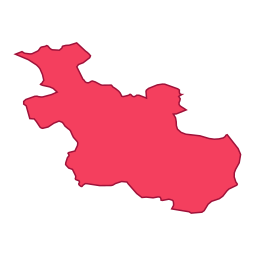 SVG path tracing the border of Overijssel
{"feature_id": "NLD-899", "entity_name": "Overijssel", "entity_type": "Province", "adm_level": 1, "iso_a3": "NLD", "parent_name": "Netherlands", "parent_adm1": "", "projection": "natural_earth1", "projection_center": [6.317, 52.481], "detail": "fine", "context": "isolated", "style": "filled", "palette": "rose", "viewbox_px": 256, "rotation_deg": 0, "n_neighbors": 0, "source": "natural_earth", "source_scale": "10m", "svg_char_len": 2824}
<svg xmlns="http://www.w3.org/2000/svg" viewBox="0 0 256 256"><path d="M181.7,94.6L178.7,96.4L180.2,98.8L179.8,100.8L179.0,102.7L179.1,104.6L180.3,106.1L186.2,109.9L176.3,113.9L173.3,114.1L175.5,117.7L176.2,121.7L176.4,125.8L177.5,129.2L181.1,132.4L185.8,134.2L199.9,135.8L209.1,138.5L214.2,139.2L218.9,138.9L223.3,137.9L225.0,136.7L226.1,135.1L227.2,134.7L238.1,148.6L240.6,154.5L239.2,162.8L235.6,169.3L234.3,172.8L234.2,177.0L235.8,181.9L236.9,183.4L237.3,184.1L236.8,185.2L228.9,189.0L227.0,190.8L222.8,196.2L219.3,198.7L211.6,201.3L208.1,204.2L204.2,210.6L201.9,212.2L191.4,213.1L191.2,213.1L189.2,211.8L171.7,208.9L173.5,205.5L173.6,204.3L173.4,202.0L173.1,201.0L172.6,200.4L172.0,200.1L170.2,199.5L168.8,199.2L162.5,200.4L161.7,200.3L161.0,200.1L161.0,199.3L160.8,198.4L160.2,197.3L159.2,197.0L158.1,196.9L153.1,197.8L146.2,197.1L141.9,197.5L136.7,193.5L128.2,183.8L128.0,183.5L126.9,182.0L121.6,181.5L115.5,183.5L112.8,185.1L111.1,185.5L99.7,185.6L87.2,183.7L85.5,183.6L85.0,183.8L83.3,184.9L82.0,186.4L81.6,186.5L81.0,186.4L79.5,185.3L79.0,184.7L78.8,184.2L78.8,183.9L78.8,183.7L79.5,182.2L79.2,181.1L78.3,180.5L76.3,179.8L75.6,179.4L75.3,178.6L75.6,177.9L75.7,176.0L72.5,169.4L68.8,168.1L67.9,167.2L66.1,165.2L65.6,164.4L65.8,162.7L67.4,157.7L69.0,155.7L68.9,154.8L68.0,153.2L68.4,152.9L68.9,152.5L74.9,151.0L77.5,145.5L77.8,142.9L77.5,142.2L77.2,141.6L73.5,137.4L72.1,134.6L70.5,130.9L69.4,129.6L68.1,128.7L64.9,126.0L63.6,123.9L62.4,122.4L61.1,121.8L59.0,121.1L53.8,123.2L48.1,127.0L42.7,128.3L41.3,128.0L40.1,127.2L36.4,121.6L34.2,118.9L32.3,118.8L29.8,118.6L26.2,105.8L23.7,104.1L23.7,101.4L25.6,99.7L25.8,99.5L34.8,96.3L37.2,96.2L38.2,96.6L41.1,97.0L42.8,96.9L51.4,94.6L57.1,92.1L53.2,88.4L49.7,86.9L42.5,85.3L41.0,84.7L40.5,84.4L40.8,84.0L42.1,83.0L42.8,81.7L43.8,80.4L42.5,74.6L40.0,68.8L38.7,67.1L36.6,65.0L28.4,59.7L15.4,54.2L22.0,51.6L24.1,53.0L24.8,53.3L29.8,53.9L30.8,53.9L32.1,53.7L37.4,51.2L38.3,50.6L39.1,49.6L39.7,48.8L40.2,48.0L40.8,47.4L41.7,47.0L45.3,46.3L45.9,46.0L46.4,45.6L46.8,45.6L47.8,46.0L49.9,48.4L51.5,49.5L52.4,49.8L59.4,50.2L61.9,48.0L62.1,47.6L62.3,46.6L62.5,46.3L62.9,46.1L65.8,45.4L69.2,45.2L76.7,42.9L85.6,51.2L87.0,52.2L88.8,53.8L90.5,55.8L89.7,57.7L83.2,62.7L78.5,64.5L76.8,66.8L83.0,79.4L83.8,79.9L85.0,81.6L85.5,82.0L86.2,82.5L87.7,82.8L88.7,82.7L90.1,82.0L91.2,81.3L92.4,81.0L95.2,81.9L100.7,84.8L102.2,85.2L110.8,85.1L111.5,85.2L112.9,87.0L115.6,88.7L118.7,91.2L120.1,92.9L121.6,95.9L121.8,96.3L122.5,96.5L123.7,96.5L127.8,95.5L129.1,95.0L130.0,94.3L130.4,94.4L131.0,94.7L131.9,95.7L132.5,96.3L133.5,96.6L134.5,96.6L136.0,95.8L136.7,95.2L138.1,95.2L139.2,95.3L146.5,98.1L146.0,91.3L146.4,90.2L148.6,88.4L157.3,84.9L162.5,84.1L164.8,84.2L177.7,88.8L178.7,89.5L179.4,90.1L179.3,91.8L179.7,93.7L181.6,94.6L181.7,94.6Z" fill="#f43f5e" stroke="#9f1239" stroke-width="1.5"/></svg>